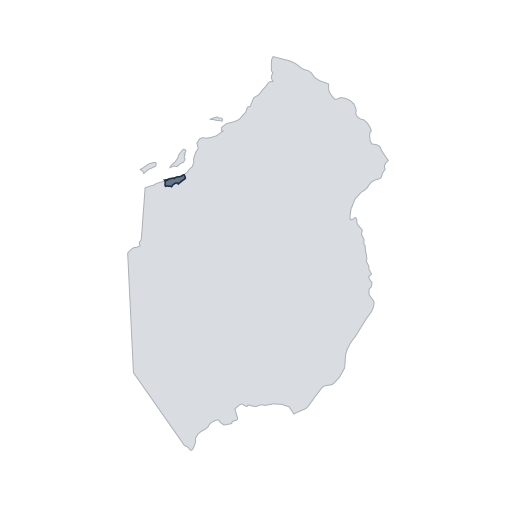 Pangani, Tanga, United Republic of Tanzania (highlighted), rotated 235°
{"feature_id": "72390352B29030119078393", "entity_name": "Pangani", "entity_type": "district", "adm_level": 2, "iso_a3": "TZA", "parent_name": "United Republic of Tanzania", "parent_adm1": "Tanga", "projection": "robinson", "projection_center": [38.828, -5.615], "detail": "fine", "context": "in_parent", "style": "filled", "palette": "slate", "viewbox_px": 512, "rotation_deg": 235, "n_neighbors": 0, "source": "geoboundaries", "source_scale": "gbopen_adm2", "svg_char_len": 6322}
<svg xmlns="http://www.w3.org/2000/svg" viewBox="0 0 512 512"><g transform="rotate(235 256 256)"><path d="M202.1,351.4L197.6,348.7L193.6,347.1L190.2,345.3L188.7,343.5L185.6,342.9L182.9,342.6L180.4,340.9L175.2,340.3L174.6,339.3L174.6,336.8L173.7,336.2L171.8,335.6L169.8,335.6L168.5,336.0L167.8,335.8L166.1,334.4L164.6,332.6L164.0,329.7L161.6,327.8L158.9,326.4L151.3,326.5L150.2,326.1L148.4,324.6L146.3,322.2L144.6,319.4L143.1,315.7L141.5,310.7L132.8,290.5L131.8,286.7L130.1,282.5L127.3,277.3L124.4,273.5L120.4,270.0L115.9,266.5L113.4,264.2L108.7,254.7L107.8,250.3L107.0,245.7L107.3,243.8L110.2,237.9L110.5,236.2L110.1,234.0L108.6,229.3L106.8,223.5L103.1,213.1L102.5,210.5L102.6,208.5L104.7,197.9L104.7,196.4L113.4,196.6L119.7,192.0L125.2,185.0L126.3,182.2L128.5,177.7L130.7,175.5L131.5,174.0L132.8,169.5L135.7,166.5L138.5,164.2L137.9,162.6L138.3,162.0L139.9,160.8L142.9,159.7L143.4,157.4L143.4,154.8L142.9,153.3L143.0,151.6L142.6,150.7L140.6,150.4L137.7,149.1L135.2,148.5L133.6,147.8L133.0,147.2L132.7,145.6L134.1,141.6L132.7,139.9L135.7,133.2L136.3,132.4L137.4,132.3L139.1,131.6L140.7,131.2L142.0,131.5L143.0,131.2L143.9,130.4L144.6,128.2L145.2,124.4L144.8,121.2L143.6,118.9L143.2,115.2L143.8,110.3L143.4,106.2L142.0,103.0L140.5,101.0L138.4,100.1L134.9,95.1L133.9,92.7L134.1,91.2L135.3,90.6L137.4,90.8L139.5,90.2L141.4,88.9L143.2,88.5L144.2,88.7L230.7,88.7L331.9,152.5L332.3,153.3L333.1,158.8L332.9,160.7L331.4,163.9L330.9,165.5L330.9,166.7L331.3,167.1L332.6,167.3L333.8,168.0L334.2,168.6L335.0,171.0L336.1,172.2L374.5,203.5L375.4,204.0L374.9,206.6L372.7,213.0L372.6,215.7L371.7,218.8L370.9,220.9L368.7,229.8L366.8,233.2L364.3,241.1L363.9,247.1L365.3,251.3L365.8,255.2L368.8,259.1L371.2,260.5L372.8,262.3L375.6,266.3L377.2,270.4L382.3,272.3L384.3,276.9L383.6,280.0L381.2,282.6L379.0,286.8L377.2,292.3L377.2,300.8L378.4,299.5L381.1,301.5L381.4,307.8L378.6,315.0L377.8,318.4L377.7,321.3L379.7,329.9L382.7,334.3L382.5,335.7L381.7,336.9L386.9,344.7L386.5,351.4L388.4,356.7L389.3,361.3L390.6,364.8L390.8,367.2L389.2,369.9L393.0,370.6L395.3,372.8L396.3,374.9L399.1,374.8L400.6,376.2L402.7,377.4L407.4,381.0L408.7,382.7L409.5,384.4L396.4,395.6L391.7,398.4L388.3,399.7L384.8,400.5L381.3,402.2L378.1,405.0L374.0,406.4L368.9,406.4L363.6,408.3L355.3,414.1L350.5,410.9L346.7,409.9L342.3,410.0L339.6,410.4L338.7,411.1L337.9,413.0L337.2,416.2L334.3,419.3L329.3,422.3L324.6,423.4L320.4,422.6L317.5,421.4L316.0,419.7L313.8,418.9L310.9,419.0L308.1,420.2L305.5,422.5L301.2,423.5L295.4,423.2L292.2,422.1L291.8,420.2L289.2,418.0L284.5,415.4L281.1,415.3L278.9,417.8L276.9,419.3L275.0,420.0L273.4,420.1L271.0,419.4L264.6,419.1L258.4,419.2L257.8,415.6L256.5,413.5L255.4,412.2L253.3,411.8L252.7,410.8L252.0,408.6L250.9,406.7L249.6,405.1L248.7,403.7L248.4,402.3L248.6,400.9L249.9,397.2L250.3,394.7L250.2,392.1L249.5,389.5L248.0,386.3L248.1,385.4L247.6,383.3L247.6,381.8L247.9,379.9L247.6,377.4L246.3,372.2L246.3,370.8L245.0,368.3L240.9,362.3L240.7,361.5L234.3,355.5L231.7,354.1L230.8,355.3L230.5,356.3L230.7,358.3L230.6,359.2L230.3,359.7L228.8,359.6L227.8,359.4L225.4,357.7L223.5,357.3L218.9,357.6L217.2,358.0L215.9,357.7L213.4,354.9L210.5,354.3L207.9,354.1L203.6,351.0L202.1,351.4ZM383.0,250.3L385.1,257.0L384.8,258.2L383.3,259.0L382.5,259.1L381.6,258.0L381.0,255.8L379.8,256.3L377.9,253.6L376.0,253.5L374.3,250.3L375.0,247.5L374.6,242.7L376.7,240.3L377.8,236.2L379.1,239.0L379.4,243.4L381.2,248.5L383.0,250.3ZM393.2,210.7L393.3,212.3L392.9,213.8L393.0,218.5L392.8,221.6L391.2,226.0L390.0,227.5L388.8,227.1L387.9,226.3L387.1,225.2L388.6,217.2L387.9,211.4L390.8,211.9L393.2,210.7ZM388.9,306.7L387.4,307.1L386.8,306.7L385.9,305.4L387.5,304.3L389.0,302.1L392.6,299.0L394.3,296.4L394.0,298.9L392.0,304.3L390.3,304.6L388.9,306.7Z" fill="#d9dde1" stroke="#a8b0b8" stroke-width="1"/><path d="M363.7,243.7L364.0,243.1L364.2,242.8L364.3,242.1L364.2,240.7L364.4,239.8L365.2,238.2L366.0,236.8L366.3,236.1L366.4,235.4L366.5,234.3L366.7,233.9L366.5,233.7L366.8,233.6L367.0,233.3L367.0,233.2L367.3,232.9L367.5,232.8L367.5,232.6L367.5,232.4L367.6,232.1L367.8,231.7L367.9,231.4L368.0,231.3L368.1,231.1L368.3,231.0L368.4,230.9L368.4,230.5L368.4,230.3L368.5,230.1L368.6,229.9L368.7,229.7L368.8,229.5L368.8,229.4L368.8,229.2L369.0,229.0L369.2,228.6L369.2,228.4L369.3,228.1L369.3,227.9L369.3,227.6L369.2,227.6L368.9,227.3L368.9,227.2L368.9,226.9L369.0,226.7L369.1,226.4L369.2,226.5L369.3,226.5L369.3,226.4L369.5,226.3L369.8,226.4L369.9,226.2L370.0,226.0L370.0,225.9L370.1,225.5L370.2,225.4L370.2,225.2L370.3,225.1L370.4,224.8L370.4,224.7L370.5,224.6L370.4,224.6L370.2,224.5L369.9,224.4L369.7,224.4L369.4,224.4L369.2,224.4L369.0,224.2L368.9,224.2L368.7,224.0L368.6,223.9L368.4,223.8L368.3,223.7L368.1,223.6L367.9,223.4L367.7,223.3L367.5,223.2L367.2,223.0L367.1,222.9L366.9,222.7L366.7,222.6L366.5,222.4L366.4,222.3L366.4,222.2L366.2,222.1L365.9,222.0L365.7,222.0L365.6,221.9L365.4,221.9L365.2,221.9L365.0,222.0L364.9,222.0L364.7,222.0L364.6,222.3L364.6,222.5L364.5,222.9L364.5,223.0L364.4,223.1L364.4,223.3L364.3,223.5L364.2,223.6L364.1,223.8L363.9,223.9L363.8,224.0L363.7,224.1L363.5,224.3L363.4,224.3L363.2,224.5L363.0,224.8L362.9,224.9L362.8,225.0L362.7,225.2L362.7,225.3L362.5,225.5L362.4,225.7L362.4,225.8L362.2,225.9L362.1,226.0L361.9,226.1L361.7,226.2L361.6,226.3L361.4,226.3L361.2,226.4L361.2,226.5L361.1,226.8L361.2,227.0L361.4,227.3L361.5,227.5L361.7,227.9L361.7,228.0L361.8,228.2L361.9,228.4L361.9,228.5L361.9,228.8L361.9,229.1L361.8,229.4L361.8,229.5L361.9,229.9L361.9,230.1L361.9,230.3L362.0,230.4L362.0,230.6L362.0,230.9L362.0,231.0L361.9,231.0L361.9,231.3L361.9,231.5L361.8,231.8L361.7,232.0L361.5,232.4L361.3,232.8L361.2,233.0L361.0,233.3L360.8,233.5L360.7,233.6L360.1,233.6L359.8,233.5L359.5,233.5L359.5,233.8L359.5,234.1L359.6,234.7L359.6,234.8L359.7,235.0L359.7,235.3L359.7,235.6L359.7,235.8L359.8,236.0L359.8,236.3L359.8,236.5L359.8,236.8L359.8,237.0L359.8,237.3L360.0,237.3L360.1,237.5L359.9,237.9L359.9,238.1L359.9,238.3L359.9,238.5L360.0,238.7L360.0,238.8L360.0,239.0L360.0,239.3L359.9,239.5L360.0,239.8L360.0,240.2L360.0,240.3L360.1,240.6L360.0,240.8L359.9,241.0L360.0,241.2L360.0,241.4L359.9,241.5L360.0,241.8L360.1,242.0L360.1,242.4L360.1,242.6L360.3,242.8L360.6,243.0L360.8,243.0L361.0,243.0L361.4,243.3L361.9,243.4L362.3,243.4L362.7,243.4L363.1,243.7L363.5,243.8L363.7,243.7Z" fill="#64748b" stroke="#1e293b" stroke-width="1.5"/></g></svg>